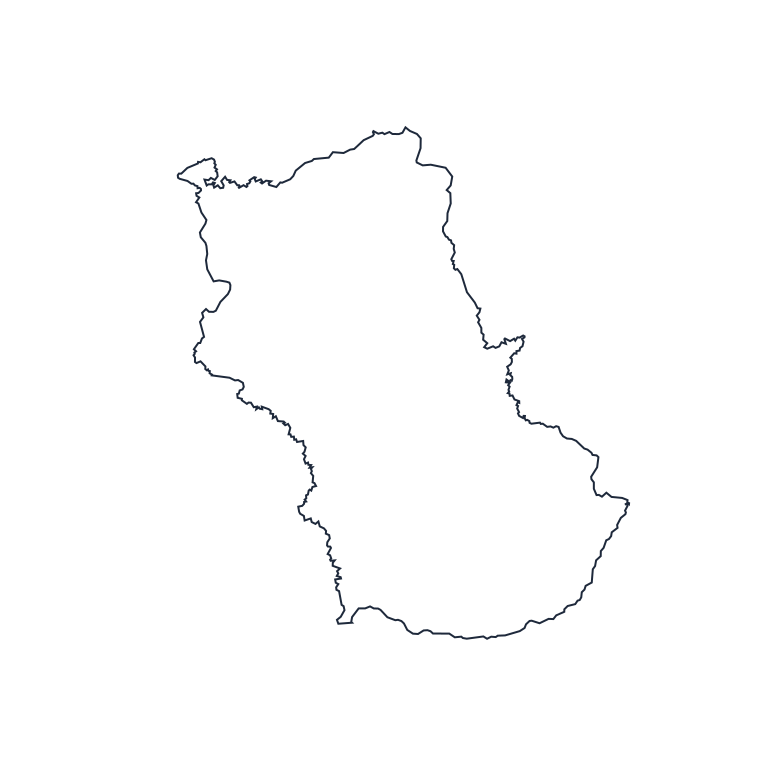 Ngada, Nusa Tenggara Timur, Indonesia, rotated 325°
{"feature_id": "22746128B33181363193361", "entity_name": "Ngada", "entity_type": "district", "adm_level": 2, "iso_a3": "IDN", "parent_name": "Indonesia", "parent_adm1": "Nusa Tenggara Timur", "projection": "albers", "projection_center": [120.974, -8.65], "detail": "fine", "context": "isolated", "style": "outline", "palette": "slate", "viewbox_px": 768, "rotation_deg": 325, "n_neighbors": 0, "source": "geoboundaries", "source_scale": "gbopen_adm2", "svg_char_len": 6155}
<svg xmlns="http://www.w3.org/2000/svg" viewBox="0 0 768 768"><g transform="rotate(325 384 384)"><path d="M209.1,554.2L220.9,561.2L220.7,560.1L224.2,556.6L234.5,553.3L239.8,557.0L245.0,558.2L246.9,562.0L250.4,564.6L251.6,567.1L253.0,577.0L257.8,584.0L260.2,585.2L262.3,588.2L263.0,591.6L262.0,598.8L264.5,605.1L268.5,608.3L275.1,608.6L278.4,610.6L280.3,613.2L281.0,616.5L294.3,625.9L296.7,632.1L302.4,635.3L302.9,637.3L305.7,640.1L320.6,647.8L322.3,651.8L326.9,652.5L330.4,655.4L332.8,655.4L339.0,659.4L353.5,664.3L359.2,664.5L362.5,662.3L367.3,661.6L369.2,662.6L374.2,669.2L384.1,670.8L387.9,673.7L392.4,672.3L401.0,674.0L402.5,672.0L407.1,671.2L414.4,674.0L418.3,672.5L420.4,673.2L423.2,671.9L426.6,668.0L430.3,667.4L433.4,665.0L440.3,665.8L448.8,655.5L452.5,654.2L456.6,650.1L462.8,649.3L465.8,645.2L469.9,644.2L476.4,639.5L479.3,640.0L482.8,638.9L485.5,636.1L492.8,635.8L494.1,633.2L501.2,629.5L507.1,629.1L508.5,627.9L508.8,626.0L513.6,623.5L514.2,621.9L512.3,620.8L515.2,621.4L515.7,623.0L516.4,622.2L515.3,620.6L516.9,618.8L516.3,617.8L513.7,613.9L505.6,607.0L503.8,600.6L497.9,601.3L496.4,598.1L494.4,596.9L495.8,590.2L499.5,584.9L499.3,581.0L500.5,578.8L510.8,574.5L517.7,566.9L517.2,564.4L514.1,561.7L514.5,559.3L513.1,554.5L511.0,551.7L508.8,540.8L506.3,536.7L502.6,533.6L500.7,529.5L500.7,525.1L502.4,519.3L500.8,517.3L497.7,516.9L496.1,514.3L493.1,512.7L491.3,507.6L489.5,506.6L489.6,505.1L482.0,501.1L481.0,499.3L481.8,497.7L480.7,495.5L479.3,495.1L479.6,492.6L481.1,491.0L480.1,490.2L478.3,491.5L476.4,487.6L476.9,484.9L478.5,484.5L479.0,480.5L481.2,478.9L480.4,477.3L483.2,475.7L484.0,477.0L484.9,475.6L482.0,471.5L482.7,467.1L480.2,465.8L481.3,463.8L480.2,462.5L482.3,461.9L482.6,460.2L485.4,458.2L485.0,456.2L487.9,455.2L484.8,452.5L486.9,450.6L488.1,454.2L489.8,453.4L490.5,454.6L492.0,453.5L493.1,451.6L492.5,449.2L494.0,447.9L490.5,446.8L494.0,444.5L494.8,440.5L499.1,440.5L501.4,439.3L503.1,436.7L502.6,434.9L508.3,433.5L509.9,435.1L511.4,433.0L514.2,434.4L516.2,432.5L519.1,432.5L522.6,429.4L522.9,426.2L525.8,426.4L526.5,425.6L525.8,424.1L521.6,423.7L520.1,422.3L516.4,423.8L516.5,421.5L511.9,421.2L509.2,416.1L508.3,416.3L506.9,421.0L504.2,417.2L500.0,419.3L496.1,418.4L495.0,415.7L488.8,414.3L487.2,411.3L492.0,409.8L490.6,404.6L493.9,400.7L493.2,397.8L495.9,393.9L496.5,387.4L499.0,386.2L499.2,381.2L503.3,380.0L506.2,377.5L504.1,375.6L505.1,369.4L504.6,356.4L510.3,338.4L510.0,331.9L508.0,331.4L507.6,329.3L509.9,326.6L509.2,325.2L511.6,323.2L510.4,322.3L510.7,320.4L517.4,316.9L518.6,313.3L521.1,310.5L520.2,307.0L521.3,304.8L520.0,303.0L520.2,300.0L519.2,298.6L519.9,292.8L522.5,289.2L529.3,286.8L534.0,280.5L542.2,274.4L547.8,265.7L546.6,261.1L552.5,259.6L558.9,253.2L558.5,242.2L548.1,231.2L541.1,227.1L537.9,221.3L538.7,219.5L549.2,211.8L555.0,203.8L554.4,198.1L550.4,191.6L548.8,186.1L543.2,188.8L539.5,187.8L534.3,184.0L533.0,180.7L527.7,179.6L526.8,177.2L522.9,175.7L520.4,170.8L519.4,171.3L519.0,173.6L517.1,174.3L507.2,172.6L494.4,174.4L490.7,172.6L483.4,171.6L475.1,164.8L468.6,166.9L455.6,159.5L452.8,159.9L446.1,157.7L434.1,158.6L429.0,161.6L424.6,162.5L416.0,160.7L414.7,159.4L408.8,160.9L404.1,155.1L404.6,153.4L407.8,153.2L404.0,149.8L399.1,149.8L398.6,148.3L400.5,148.2L400.5,145.7L395.1,144.5L395.7,141.9L397.3,141.3L396.3,140.1L390.6,140.0L390.7,141.4L388.8,142.3L386.5,141.6L385.6,143.6L384.3,143.7L383.0,140.6L377.0,140.1L379.3,139.1L379.3,138.0L377.8,137.1L377.7,132.3L373.2,130.9L373.0,129.8L375.0,129.0L372.5,126.8L372.7,123.1L367.0,124.5L366.6,129.3L364.8,131.0L362.2,129.7L361.8,125.9L357.5,125.7L358.2,123.4L360.7,122.3L359.6,120.8L357.4,121.6L354.6,119.7L352.6,119.7L354.2,113.6L357.2,116.4L360.4,115.9L362.4,119.8L366.9,118.4L368.7,114.9L368.3,113.0L370.3,112.4L369.3,109.5L371.9,107.9L371.6,105.9L372.9,105.0L373.5,102.7L372.3,100.2L366.1,98.3L365.8,96.9L360.8,97.1L359.1,95.4L358.0,96.6L346.9,94.2L338.6,95.4L336.7,94.0L334.8,94.7L333.6,96.9L334.3,98.7L339.5,105.0L341.1,109.5L342.8,110.6L343.0,112.9L344.7,114.9L343.6,116.7L345.5,117.6L345.9,119.2L345.1,120.5L341.6,121.1L339.5,120.0L338.4,122.3L339.7,125.3L334.3,127.3L335.5,129.7L332.8,138.8L332.6,147.8L329.7,150.2L320.1,154.3L318.1,158.7L318.7,165.9L317.7,169.1L313.8,176.1L309.1,180.6L305.0,188.7L303.3,202.2L308.4,204.6L313.6,209.8L315.5,212.3L314.9,214.9L312.1,218.4L307.7,220.8L297.1,222.9L288.3,227.5L285.7,227.1L282.1,224.5L281.2,220.5L275.8,221.4L274.3,225.8L268.9,227.6L263.6,242.2L261.0,242.3L257.0,245.0L255.4,243.9L248.2,246.5L248.8,249.4L246.7,249.5L246.3,250.7L244.5,251.2L244.4,253.9L241.8,257.5L242.4,259.3L246.7,260.2L247.8,267.2L246.2,269.2L246.7,271.1L248.2,271.1L247.8,272.6L248.7,273.5L247.3,275.2L248.5,277.6L247.8,278.1L261.1,290.3L264.0,295.6L266.8,297.1L269.1,302.1L267.5,305.9L265.0,307.3L262.1,306.5L259.6,308.6L258.0,308.0L256.2,311.4L259.1,314.6L258.2,315.8L260.3,321.6L262.4,321.5L264.3,323.0L264.0,328.3L266.9,329.6L264.9,331.4L268.1,331.3L268.0,332.9L269.8,334.8L270.9,332.5L275.1,338.5L275.8,341.0L273.9,343.0L276.0,345.0L273.3,348.2L276.9,348.4L275.8,353.5L280.3,357.2L280.6,358.8L278.9,358.6L279.4,361.1L282.5,361.7L282.1,366.2L277.0,370.5L278.5,371.6L277.7,374.1L280.0,375.4L278.5,378.2L280.3,378.9L279.5,381.6L285.1,384.3L283.0,387.9L283.5,391.0L280.0,393.9L277.6,394.5L278.5,398.0L275.3,399.7L274.1,404.2L276.7,404.8L275.7,406.8L277.8,408.6L275.0,409.8L277.5,411.1L275.5,411.6L274.9,414.0L273.0,415.1L273.3,418.7L269.1,423.6L270.2,425.3L269.8,428.6L266.3,427.3L263.3,429.6L262.6,427.9L261.2,428.1L258.3,430.9L256.3,430.5L254.7,433.1L252.7,433.2L252.8,435.6L250.9,434.8L249.8,436.3L247.1,436.9L243.4,435.3L241.2,440.0L240.9,442.2L242.7,446.1L240.7,450.3L246.9,452.1L245.6,455.6L247.6,459.3L251.4,459.0L249.7,463.8L252.0,467.8L252.3,471.1L250.5,473.2L252.4,476.3L251.0,479.4L246.8,481.1L244.8,483.5L244.8,484.9L246.7,486.4L246.5,487.9L240.3,491.0L241.6,493.4L240.7,496.6L239.1,497.0L238.9,498.2L242.4,500.2L239.6,501.0L237.7,503.5L242.2,509.9L238.2,510.4L237.9,512.9L235.2,514.2L237.7,517.4L237.2,518.7L231.9,516.1L230.5,519.1L231.8,521.7L228.2,523.1L227.0,525.3L228.4,527.9L222.6,540.6L223.5,542.8L221.9,546.6L215.0,549.9L210.2,550.2L209.1,554.2Z" fill="none" stroke="#1e293b" stroke-width="2"/></g></svg>